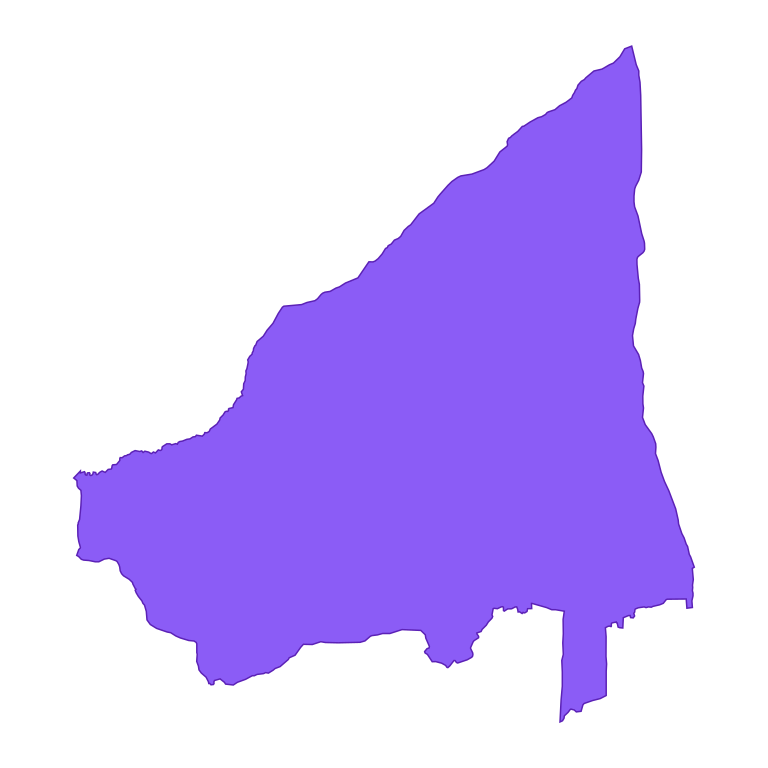 outline of Lapos, Buzau, Romania
{"feature_id": "2599482B27443512706553", "entity_name": "Lapos", "entity_type": "district", "adm_level": 2, "iso_a3": "ROU", "parent_name": "Romania", "parent_adm1": "Buzau", "projection": "orthographic", "projection_center": [26.415, 45.162], "detail": "fine", "context": "isolated", "style": "filled", "palette": "violet", "viewbox_px": 768, "rotation_deg": 0, "n_neighbors": 0, "source": "geoboundaries", "source_scale": "gbopen_adm2", "svg_char_len": 6055}
<svg xmlns="http://www.w3.org/2000/svg" viewBox="0 0 768 768"><path d="M560.0,721.9L562.5,720.8L564.0,718.3L564.4,715.8L568.1,712.3L570.3,709.4L571.0,709.1L574.3,710.0L576.3,711.9L581.1,711.3L582.9,704.9L584.1,703.5L592.7,700.5L600.2,698.6L606.2,695.5L606.2,671.4L606.6,664.0L606.0,656.5L606.1,636.7L605.4,627.7L608.1,626.3L609.8,626.1L611.0,626.6L611.3,626.3L611.4,623.5L612.1,622.9L616.3,622.0L616.5,622.8L617.2,623.0L618.1,627.1L619.7,627.7L622.8,628.0L623.3,617.7L628.4,615.6L630.1,615.5L630.6,617.6L633.2,617.9L634.6,616.0L633.8,613.4L634.7,612.0L634.9,609.8L635.3,609.0L638.2,607.8L644.2,606.9L646.0,607.6L648.5,606.9L651.3,607.2L652.9,606.4L659.7,604.8L663.3,603.3L666.2,599.6L667.3,599.2L686.2,599.0L686.9,608.2L692.4,607.5L691.9,600.8L693.0,595.9L693.0,593.1L692.4,590.7L692.7,587.5L692.5,585.1L693.3,579.6L692.3,568.4L694.3,567.2L690.6,556.8L689.3,554.4L687.6,546.5L686.2,544.1L684.1,537.9L681.8,533.5L678.6,524.0L678.2,520.0L675.7,508.9L668.8,490.7L664.5,481.5L661.1,472.2L658.1,460.5L655.5,453.6L655.9,447.2L655.7,443.7L653.3,436.9L651.7,433.6L645.2,424.6L642.5,417.4L643.5,408.0L642.9,403.9L642.8,396.1L643.9,386.1L642.5,382.7L643.5,373.6L643.1,371.4L641.7,368.1L640.4,360.6L638.6,354.5L633.5,345.9L632.5,335.6L633.7,328.8L635.3,323.5L635.8,319.1L637.9,308.3L639.6,302.3L639.7,300.3L639.4,284.4L638.3,278.3L637.0,264.5L636.9,259.5L637.4,257.6L638.2,256.5L642.9,252.7L644.1,251.1L644.7,249.3L644.5,243.2L644.1,241.1L641.7,233.6L638.0,216.0L634.6,206.8L634.0,201.8L634.0,196.0L634.7,188.9L635.7,186.1L638.7,180.3L641.3,172.0L641.6,149.6L640.7,95.3L640.0,82.2L638.8,75.3L638.8,71.0L636.2,64.6L631.7,46.1L624.7,48.8L619.9,56.8L613.4,63.1L609.4,64.8L602.0,69.1L593.9,71.0L585.9,77.7L584.3,79.6L581.3,81.3L578.0,85.1L576.8,88.7L575.5,90.1L574.5,92.5L572.7,95.3L571.8,97.9L566.0,102.3L559.6,105.7L554.9,109.7L548.4,111.9L547.1,112.6L545.5,114.5L541.6,116.7L537.9,117.7L530.1,122.0L523.8,126.2L522.3,126.4L517.9,131.3L512.1,135.6L510.3,137.5L508.6,138.3L507.1,141.6L507.6,144.9L507.1,146.2L499.9,151.9L494.1,161.2L486.9,167.8L484.0,169.6L471.9,174.1L460.9,175.9L457.7,177.4L451.9,181.5L448.0,185.3L440.4,193.9L437.9,196.9L433.8,203.2L419.1,213.9L410.7,224.8L408.3,226.4L404.1,230.4L400.7,236.4L398.2,238.5L394.4,240.1L391.3,244.0L388.2,245.7L387.3,247.6L385.5,248.5L382.2,253.9L378.2,258.6L375.2,261.0L373.0,261.9L368.9,261.8L357.9,277.9L345.5,283.0L339.4,286.9L335.9,288.1L330.1,291.4L324.9,292.2L322.6,293.2L321.0,294.6L317.5,298.8L314.9,300.7L306.9,302.5L301.6,304.6L283.8,306.2L282.4,307.2L278.3,313.4L273.0,323.3L267.1,330.2L263.3,336.2L257.1,341.5L255.7,345.2L255.0,345.6L253.6,348.4L253.3,350.9L252.3,352.7L252.0,354.3L249.8,356.3L247.7,359.9L248.2,361.8L248.0,363.4L246.9,368.7L245.9,370.9L246.1,373.8L245.3,376.9L245.2,380.5L243.7,383.8L243.4,389.2L241.3,391.8L242.6,395.6L241.1,396.1L239.2,397.9L237.0,398.4L236.7,399.6L233.5,404.7L233.0,407.6L229.0,408.5L228.5,409.1L228.5,410.3L227.8,411.4L226.2,411.3L225.0,411.9L223.1,415.0L220.1,418.0L219.7,420.0L216.9,424.1L210.3,429.0L209.3,431.3L208.6,431.9L207.0,432.7L204.8,432.6L204.3,434.1L202.3,436.1L196.4,435.2L195.4,436.6L193.0,436.9L189.9,438.9L186.9,439.3L182.4,441.1L179.8,441.5L178.2,442.4L177.4,444.2L175.8,443.6L171.7,444.8L169.9,443.8L166.8,443.8L162.5,446.6L162.1,447.2L161.9,449.3L161.4,450.0L160.2,450.5L158.3,449.9L155.5,452.9L153.4,452.0L151.6,453.5L150.9,453.5L148.7,452.1L144.8,451.2L143.1,452.5L141.7,450.9L139.7,451.5L135.1,450.6L131.4,452.4L129.7,454.3L127.5,454.8L126.5,455.6L124.5,455.9L122.1,457.7L120.2,457.6L119.8,458.6L119.8,460.5L116.5,464.5L112.8,464.8L112.2,465.5L111.6,468.6L111.0,469.1L108.2,469.4L105.2,472.4L102.1,471.0L99.6,472.4L97.7,474.4L96.8,474.7L96.2,474.2L95.7,472.5L93.3,472.1L92.8,474.2L91.7,475.3L90.6,475.5L89.7,474.8L89.9,473.4L89.4,472.7L87.5,472.9L87.1,473.4L87.0,475.0L86.2,475.2L85.3,474.6L85.0,472.5L84.5,471.7L80.4,472.9L80.4,471.0L73.7,478.0L76.9,480.6L77.2,486.0L78.5,488.2L80.9,490.3L81.4,495.7L80.9,505.9L79.6,519.4L78.1,523.1L78.3,523.9L77.7,525.0L77.9,536.1L78.8,541.6L80.4,547.3L80.2,548.1L78.8,549.5L76.7,555.4L78.6,556.5L81.3,559.3L83.7,560.1L88.9,560.5L95.3,561.8L98.8,561.8L104.3,559.1L109.1,558.3L115.9,560.7L117.1,561.5L118.9,564.6L119.7,567.0L120.2,570.8L121.6,573.7L123.5,575.8L129.2,579.3L132.5,582.5L132.8,583.9L135.4,588.9L136.0,589.2L135.2,590.3L136.2,592.8L138.4,596.5L141.9,600.9L142.9,603.3L144.5,605.1L146.3,611.4L147.0,619.9L150.3,624.5L156.6,628.4L167.1,632.0L170.7,632.7L175.9,636.0L180.5,638.0L188.8,640.5L194.0,641.0L196.2,642.4L196.8,643.9L196.8,652.6L197.2,654.2L196.7,661.4L198.4,666.0L199.0,669.9L201.3,673.0L206.1,677.2L208.4,681.7L208.8,683.5L209.7,683.4L211.0,684.8L213.4,684.5L214.0,683.6L213.9,681.8L214.5,680.5L220.1,678.9L224.4,682.3L225.6,684.1L233.3,685.0L237.4,682.3L245.6,679.3L252.3,675.7L254.4,675.7L257.1,674.4L263.6,673.6L265.6,672.6L268.4,673.1L273.1,670.2L275.1,668.5L280.1,666.6L288.3,659.5L289.2,657.8L295.1,655.2L300.7,647.3L303.4,644.3L312.3,644.5L320.8,641.7L325.4,642.5L338.3,642.8L360.1,642.3L365.0,640.9L370.3,636.3L371.9,635.6L377.5,634.9L382.6,633.5L389.9,633.5L402.0,629.6L420.8,630.4L425.3,634.8L425.8,638.1L429.4,646.4L429.1,647.9L427.0,648.7L424.9,651.2L424.6,651.7L425.1,653.0L427.4,654.4L432.2,661.7L435.7,661.6L441.7,663.2L445.6,665.4L447.0,667.4L447.9,667.6L449.8,665.9L454.0,660.5L455.1,660.6L456.4,662.5L457.7,663.0L467.2,659.8L471.7,657.3L472.6,656.2L472.9,654.5L472.7,652.9L470.6,648.5L470.6,647.6L473.1,641.9L474.0,640.7L478.5,637.8L478.7,636.9L478.4,636.0L477.0,634.0L476.8,633.0L481.1,631.5L482.1,629.4L486.3,625.2L488.3,622.0L491.9,618.3L492.7,616.5L492.0,614.9L493.2,608.6L494.1,608.3L497.4,608.7L501.2,606.9L502.5,606.7L503.4,607.2L503.5,610.6L504.3,611.1L507.7,608.9L511.6,608.8L515.1,607.0L516.7,606.9L517.6,609.1L518.1,612.0L519.5,611.8L522.1,613.5L523.1,612.4L524.0,612.9L524.9,612.8L527.0,611.5L527.6,608.7L531.7,608.6L531.5,603.4L532.0,603.4L546.7,607.6L551.7,609.7L555.5,609.7L564.3,611.2L563.1,619.4L563.3,633.9L562.8,642.9L563.3,654.4L561.8,660.4L562.3,672.1L562.3,686.2L561.1,699.8L560.0,721.9Z" fill="#8b5cf6" stroke="#5b21b6" stroke-width="1.5"/></svg>